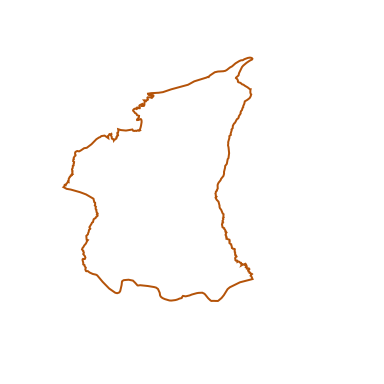 Guamo, Tolima, Colombia, rotated 50°
{"feature_id": "7082276B63665332142634", "entity_name": "Guamo", "entity_type": "district", "adm_level": 2, "iso_a3": "COL", "parent_name": "Colombia", "parent_adm1": "Tolima", "projection": "orthographic", "projection_center": [-74.99, 4.102], "detail": "fine", "context": "isolated", "style": "outline", "palette": "amber", "viewbox_px": 384, "rotation_deg": 50, "n_neighbors": 0, "source": "geoboundaries", "source_scale": "gbopen_adm2", "svg_char_len": 6012}
<svg xmlns="http://www.w3.org/2000/svg" viewBox="0 0 384 384"><g transform="rotate(50 192 192)"><path d="M266.6,268.1L266.0,266.8L265.8,265.7L267.9,263.9L269.7,260.3L270.4,258.1L272.5,253.5L273.5,251.8L275.7,248.9L277.6,248.0L278.8,247.8L283.9,247.9L287.2,247.5L288.2,246.9L288.6,246.2L291.8,242.6L292.2,241.9L292.2,237.5L291.5,233.9L289.3,227.2L289.3,224.3L292.0,213.3L297.6,201.6L295.7,201.0L294.4,200.7L293.8,200.9L293.4,199.9L293.4,198.8L292.9,198.9L292.5,199.5L291.5,199.4L291.0,199.9L290.3,199.4L289.4,199.8L288.9,199.4L288.6,199.6L288.1,199.4L288.1,197.8L287.9,197.6L287.0,197.6L285.9,199.2L285.3,198.7L284.3,199.1L284.0,197.8L282.9,198.2L282.5,197.3L281.6,197.2L281.7,197.9L281.1,198.1L281.3,198.8L280.3,199.5L280.0,201.3L279.3,199.9L278.4,200.5L277.7,200.0L276.7,200.7L275.8,200.7L274.8,201.3L274.7,202.2L273.6,201.6L272.8,202.5L271.9,202.5L271.5,202.0L270.7,201.7L270.0,200.9L270.1,199.4L268.6,199.1L268.3,199.4L267.9,199.4L267.5,198.8L267.0,198.7L265.9,197.7L265.3,197.8L264.6,197.1L264.1,196.9L263.4,196.0L263.0,196.0L261.8,197.1L261.1,197.1L260.6,197.4L259.0,196.4L257.9,196.1L257.3,195.6L255.4,196.2L254.6,195.7L254.3,195.1L253.7,195.0L253.3,194.3L252.6,194.0L250.1,195.6L249.9,195.2L249.3,195.2L249.1,194.7L248.3,194.7L248.1,194.2L246.4,193.9L246.2,193.2L245.3,192.5L245.2,191.6L244.0,191.5L243.7,191.8L243.0,191.1L242.3,191.1L241.9,190.9L241.1,191.1L240.4,190.6L238.7,191.3L236.1,189.9L235.9,189.4L235.3,188.9L235.4,188.2L235.0,187.9L235.0,187.5L233.8,187.3L233.0,185.5L231.9,185.1L231.8,184.0L231.0,183.8L229.3,182.1L228.2,182.3L224.4,181.1L222.3,181.0L221.1,180.5L220.2,179.7L216.4,177.9L213.9,178.1L212.2,177.8L211.6,177.6L211.7,177.1L211.2,176.8L211.2,176.2L210.3,176.3L209.2,175.4L208.3,175.1L208.0,174.4L207.1,173.5L207.0,172.0L206.5,171.7L205.9,170.1L203.2,168.0L202.6,167.1L201.9,165.5L201.4,162.7L200.6,161.2L199.9,157.6L198.6,155.7L197.2,154.6L194.6,151.0L193.4,149.9L192.8,147.2L189.8,143.6L189.5,142.3L186.1,138.6L181.1,135.2L179.4,134.4L177.9,132.8L177.1,132.3L174.6,128.6L173.2,127.5L173.2,125.5L172.3,125.1L170.2,121.9L169.5,121.5L169.3,119.9L167.5,118.1L166.6,115.8L166.6,114.5L165.1,110.9L165.3,109.3L164.8,108.2L164.1,107.5L163.1,104.2L162.3,103.7L161.6,102.5L161.3,100.9L160.2,99.5L160.0,98.3L159.2,97.7L158.0,95.2L156.5,93.3L157.0,90.3L157.1,87.5L156.5,85.8L155.3,83.9L154.7,84.0L153.5,83.5L151.9,82.2L151.0,81.1L150.7,81.5L147.4,82.2L144.7,83.2L142.9,83.6L141.7,84.4L139.6,84.7L137.7,85.9L137.0,85.9L136.3,85.3L134.9,84.8L132.9,85.1L132.7,84.8L132.6,81.4L131.2,79.6L128.4,73.3L128.1,71.5L128.1,67.1L128.5,63.4L129.1,60.8L128.8,60.1L128.2,60.0L127.4,60.3L126.3,61.2L125.2,63.0L123.9,66.6L123.8,67.8L123.5,68.7L122.7,69.7L122.1,71.5L121.4,76.0L121.5,80.6L121.0,82.9L120.9,86.7L120.6,88.5L119.6,90.4L116.4,94.7L114.9,97.6L114.3,103.1L114.3,104.3L114.7,105.4L113.9,106.1L113.7,107.2L108.7,119.1L107.3,126.1L100.0,141.9L96.8,150.1L94.5,153.8L90.0,159.8L88.4,162.5L88.9,162.8L90.0,162.7L92.7,159.7L93.2,159.5L93.7,159.8L93.9,160.7L93.1,161.1L93.0,161.8L94.0,161.9L94.1,162.3L92.6,163.2L91.0,165.1L91.2,165.7L92.9,166.4L92.8,167.4L92.4,167.9L92.9,168.9L92.5,169.3L91.4,169.3L91.0,169.8L92.0,169.8L92.4,170.0L92.9,170.9L94.7,172.5L95.1,173.6L93.9,175.1L92.9,173.4L92.6,173.4L91.9,176.2L92.0,176.8L92.6,177.3L94.1,177.9L94.2,178.2L93.3,179.1L92.0,179.7L92.0,180.0L92.9,180.5L92.9,181.1L91.6,181.8L91.2,183.4L91.5,184.6L92.4,184.9L93.5,184.7L94.8,184.9L96.2,184.3L97.9,184.7L99.6,183.6L100.7,184.7L101.1,187.5L101.6,187.8L102.4,186.8L103.1,184.5L103.4,184.3L104.5,184.5L106.0,185.6L108.4,188.4L109.6,190.0L110.7,191.9L111.4,192.0L111.2,192.9L110.4,193.2L110.4,193.8L109.9,193.9L109.7,194.4L109.4,195.5L108.5,196.1L108.2,196.9L107.3,197.7L105.8,197.5L102.5,203.1L98.8,206.7L96.4,208.2L97.9,209.1L99.2,210.8L99.2,211.1L98.9,211.3L99.4,211.8L100.6,211.9L101.1,212.2L101.1,212.8L100.8,213.2L101.6,214.1L101.4,214.8L102.4,215.5L102.3,217.3L101.9,217.6L102.3,218.8L101.1,218.2L99.8,219.0L99.1,218.8L98.1,218.0L96.4,217.7L96.1,216.7L95.7,216.5L95.6,217.6L95.0,217.6L94.6,218.0L95.2,219.7L95.1,220.4L96.9,221.5L92.6,222.7L90.9,225.5L90.9,227.2L90.5,228.1L90.1,231.3L90.8,238.3L90.5,244.2L89.1,246.5L88.7,250.5L88.3,252.4L86.8,253.6L86.4,255.4L86.8,256.3L87.8,257.2L88.8,257.4L89.2,257.8L89.2,259.0L89.5,259.9L90.0,261.0L90.9,261.3L91.0,262.2L92.1,263.3L93.2,263.0L94.2,264.1L94.3,264.6L95.5,265.5L95.6,265.8L95.3,266.4L97.0,268.1L97.4,269.3L98.2,269.8L99.2,270.0L99.5,270.8L100.3,271.1L100.8,271.9L101.6,271.9L101.5,272.5L101.8,272.9L101.4,273.3L101.8,273.9L101.5,274.3L101.8,274.6L101.8,275.9L102.2,276.2L102.3,277.1L102.7,278.0L103.8,278.9L103.9,279.4L105.0,280.1L104.3,280.5L104.8,281.1L104.9,282.7L105.6,284.3L104.8,284.5L104.7,285.0L105.7,286.4L105.7,287.3L109.0,286.0L112.2,283.3L120.3,277.8L125.8,274.7L133.8,271.8L137.0,273.4L137.9,273.1L139.3,274.2L139.8,275.1L141.6,275.1L141.8,275.6L143.0,276.7L144.3,276.7L144.8,277.4L145.6,277.6L146.2,278.1L147.9,278.1L148.1,278.4L147.7,278.8L148.0,279.3L149.2,279.3L149.7,280.1L149.4,281.1L150.0,282.8L149.7,283.6L149.7,284.9L151.4,287.2L151.2,288.3L151.8,289.5L153.0,293.2L154.0,293.5L154.6,293.4L154.8,293.6L154.9,295.4L156.2,296.8L156.6,297.8L157.5,298.9L157.7,301.2L161.0,303.5L161.5,303.4L161.7,302.8L161.9,302.7L162.1,303.8L163.3,306.4L163.7,308.9L164.4,310.7L164.5,311.7L165.3,313.2L167.2,313.1L167.6,313.6L168.6,313.6L169.2,314.1L169.6,315.2L172.2,315.3L173.7,315.8L174.4,317.1L174.0,317.8L173.2,318.4L173.2,318.9L173.6,319.5L176.5,320.9L177.4,321.8L177.9,321.8L178.8,321.3L180.1,322.0L181.7,322.0L182.6,323.4L184.2,324.0L184.7,323.9L185.6,322.7L187.8,322.2L191.0,320.7L193.6,318.7L194.9,318.2L203.4,318.2L212.7,317.5L219.7,315.6L220.8,314.9L221.6,314.1L222.2,312.2L221.7,310.6L218.0,305.7L215.7,303.3L215.4,302.5L215.7,300.9L218.4,297.0L221.9,294.2L224.8,293.9L228.4,293.8L228.9,293.5L230.1,291.6L235.7,286.2L240.5,282.1L242.1,281.0L244.4,280.4L248.4,281.5L250.7,282.9L252.1,283.2L254.2,282.8L256.5,281.7L260.6,279.0L261.9,277.6L264.1,274.2L265.0,272.2L265.6,270.1L266.6,268.1Z" fill="none" stroke="#b45309" stroke-width="2"/></g></svg>